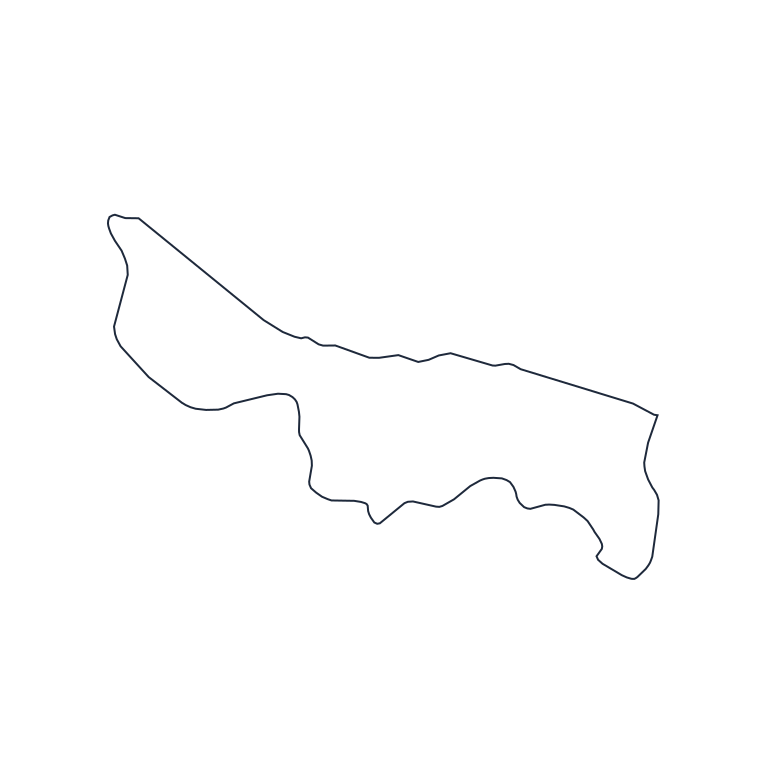 an SVG outline of Greater Accra, rotated 215°
{"feature_id": "GHA-2172", "entity_name": "Greater Accra", "entity_type": "Region", "adm_level": 1, "iso_a3": "GHA", "parent_name": "Ghana", "parent_adm1": "", "projection": "mercator", "projection_center": [0.02, 5.749], "detail": "fine", "context": "isolated", "style": "outline", "palette": "slate", "viewbox_px": 768, "rotation_deg": 215, "n_neighbors": 0, "source": "natural_earth", "source_scale": "10m", "svg_char_len": 2035}
<svg xmlns="http://www.w3.org/2000/svg" viewBox="0 0 768 768"><g transform="rotate(215 384 384)"><path d="M680.0,379.0L519.2,367.3L496.9,368.5L484.4,371.4L478.1,373.9L475.5,376.9L472.9,378.4L460.3,379.0L455.9,380.5L446.0,387.6L411.1,397.1L403.2,402.5L388.8,415.9L368.6,421.7L361.3,429.4L355.5,438.8L347.1,447.4L305.7,461.4L303.3,462.9L296.5,469.7L293.4,472.1L288.8,473.8L280.6,474.5L168.8,510.8L145.2,513.7L142.0,515.3L134.0,487.4L125.8,468.9L123.4,465.9L120.1,462.4L112.9,457.3L104.8,453.1L102.0,452.2L96.8,449.8L92.3,446.2L84.6,434.6L65.2,396.4L64.1,392.4L63.6,390.1L63.4,387.2L63.5,382.7L65.7,371.3L66.3,369.6L67.1,368.0L68.5,367.0L69.7,366.3L74.2,364.8L79.5,363.8L101.9,362.1L107.8,362.8L111.1,364.8L111.0,373.9L112.1,376.2L113.9,378.0L118.7,380.7L126.7,383.6L129.1,384.8L138.6,388.5L143.9,389.2L156.9,389.7L161.1,388.8L166.2,387.1L175.1,382.7L179.5,380.0L182.6,377.6L192.5,365.7L195.2,364.3L198.6,363.5L204.6,364.4L208.1,365.9L210.8,367.8L212.6,369.7L214.5,371.3L219.0,374.0L224.5,375.9L228.5,375.6L233.3,374.3L240.6,369.9L244.3,367.0L247.0,364.3L248.5,362.3L249.9,360.1L254.8,349.9L260.5,329.7L266.2,317.6L268.2,315.1L271.0,313.4L292.9,304.4L296.9,301.2L298.9,298.1L307.5,267.5L309.4,265.6L312.5,265.0L318.1,267.0L321.5,268.8L324.1,270.8L327.6,275.0L329.4,275.7L331.2,275.5L335.2,274.2L341.4,271.2L360.2,258.5L364.0,257.4L370.1,256.1L377.3,256.1L384.0,256.8L387.4,258.9L389.3,261.1L396.2,275.7L399.3,279.8L403.0,283.2L407.2,286.3L409.4,287.6L423.7,293.7L426.0,295.9L427.6,298.1L434.5,308.7L437.8,312.5L443.2,317.7L445.3,319.2L448.1,320.3L451.4,320.8L455.5,320.5L458.4,319.5L465.3,315.2L473.3,307.7L495.9,282.0L499.9,274.1L501.5,271.8L505.1,267.9L514.9,260.7L524.1,255.7L529.2,254.0L534.4,253.0L538.0,252.8L538.4,252.7L580.7,254.7L621.4,263.8L628.6,267.4L632.9,270.6L638.1,276.2L656.5,326.4L662.3,333.7L668.1,338.1L675.4,342.7L686.6,347.0L694.1,350.7L698.4,353.7L700.4,355.3L702.2,357.2L703.7,359.8L704.6,363.4L703.1,366.4L701.5,368.3L691.1,371.5L680.1,379.0L680.0,379.0Z" fill="none" stroke="#1e293b" stroke-width="2"/></g></svg>